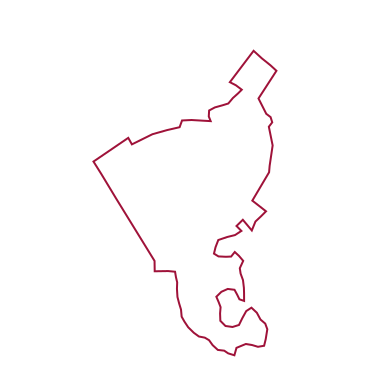 outline of Barra Bonita, Santa Catarina, Brazil, rotated 12°
{"feature_id": "56859067B80116174386319", "entity_name": "Barra Bonita", "entity_type": "district", "adm_level": 2, "iso_a3": "BRA", "parent_name": "Brazil", "parent_adm1": "Santa Catarina", "projection": "robinson", "projection_center": [-53.408, -26.665], "detail": "fine", "context": "isolated", "style": "outline", "palette": "rose", "viewbox_px": 384, "rotation_deg": 12, "n_neighbors": 0, "source": "geoboundaries", "source_scale": "gbopen_adm2", "svg_char_len": 1447}
<svg xmlns="http://www.w3.org/2000/svg" viewBox="0 0 384 384"><g transform="rotate(12 192 192)"><path d="M206.2,76.7L212.8,78.5L219.4,81.6L216.6,85.9L212.5,91.5L209.1,97.9L203.7,100.9L196.8,104.5L191.8,108.7L192.7,114.6L195.5,118.8L176.5,121.7L167.4,124.1L166.4,131.2L154.8,136.6L141.3,143.7L123.3,157.9L118.4,152.3L89.3,182.7L99.5,193.2L110.0,204.4L118.7,213.7L169.7,267.2L172.0,277.3L185.1,274.3L192.0,273.5L194.0,278.6L196.3,283.5L197.4,289.8L199.6,297.7L202.6,303.7L205.7,309.3L207.8,316.1L211.5,320.3L216.4,325.1L223.0,329.3L228.8,331.9L234.8,331.8L239.5,333.4L244.0,337.5L250.1,341.1L256.5,340.5L260.9,342.3L267.4,342.9L267.9,335.2L276.2,329.5L282.6,329.2L288.7,329.7L294.5,327.4L294.7,320.6L294.2,310.6L291.0,305.5L285.5,302.5L280.5,296.6L274.2,292.8L269.8,297.2L267.4,305.1L265.6,312.3L259.7,315.6L252.6,316.1L246.5,312.1L244.7,304.9L243.9,298.7L241.0,294.2L237.6,289.4L241.5,283.5L247.1,279.4L253.9,278.8L257.5,283.0L260.7,287.1L265.6,287.7L264.0,280.3L262.7,275.0L260.2,267.6L256.5,261.7L254.6,256.6L256.4,248.7L251.2,244.7L246.3,241.8L243.7,247.0L238.7,248.3L231.3,249.5L226.3,247.7L226.5,241.1L227.7,233.5L235.8,228.7L243.0,225.2L248.4,219.8L242.6,216.0L247.5,208.6L258.5,217.2L260.2,207.7L264.5,201.5L268.4,195.5L252.8,187.9L263.3,156.7L262.5,150.2L261.2,129.7L253.6,112.2L256.0,107.2L253.3,102.4L248.4,100.1L237.6,86.7L249.4,55.9L242.5,51.8L232.6,46.8L222.9,41.1L206.2,76.7Z" fill="none" stroke="#9f1239" stroke-width="2"/></g></svg>